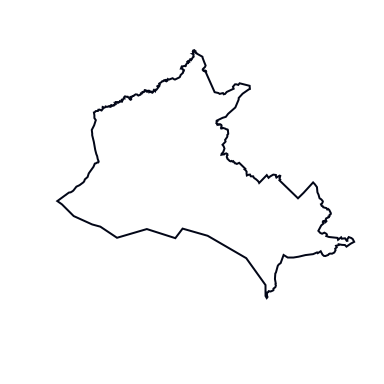 the district of Šēderes pag., Ilukstes, Latvia, rotated 335°
{"feature_id": "27541924B25331011014428", "entity_name": "Šēderes pag.", "entity_type": "district", "adm_level": 2, "iso_a3": "LVA", "parent_name": "Latvia", "parent_adm1": "Ilukstes", "projection": "mercator", "projection_center": [26.237, 55.885], "detail": "fine", "context": "isolated", "style": "outline", "palette": "ink", "viewbox_px": 384, "rotation_deg": 335, "n_neighbors": 0, "source": "geoboundaries", "source_scale": "gbopen_adm2", "svg_char_len": 5906}
<svg xmlns="http://www.w3.org/2000/svg" viewBox="0 0 384 384"><g transform="rotate(335 192 192)"><path d="M66.1,143.3L68.9,148.2L74.6,163.8L87.8,179.2L94.3,184.7L104.7,201.8L135.4,206.5L157.4,226.8L168.0,221.2L187.7,238.3L213.2,274.9L219.3,307.4L214.7,317.3L214.9,319.7L215.9,319.2L216.1,318.7L215.9,318.5L216.5,316.8L217.2,315.4L217.8,314.8L218.7,315.0L219.6,314.3L221.2,315.4L223.7,315.5L224.4,315.3L225.0,314.0L227.3,313.5L228.5,312.2L228.7,310.7L229.2,310.5L230.4,305.9L233.1,301.0L234.0,300.5L238.5,295.2L239.9,294.4L242.3,293.9L248.4,287.8L251.1,291.9L256.4,294.3L261.3,295.7L268.1,297.1L275.5,299.5L279.8,299.6L280.1,300.6L283.6,300.1L283.8,303.9L284.5,305.6L285.8,306.4L288.9,306.6L289.8,306.1L291.0,306.1L292.9,307.1L295.4,307.0L297.5,305.4L297.8,303.9L299.8,303.3L299.8,301.6L302.6,302.1L302.9,301.4L305.6,303.3L308.2,304.7L308.9,306.8L314.0,305.9L317.9,305.7L317.8,302.7L317.0,301.1L315.0,299.1L312.7,300.5L312.2,301.9L311.6,301.7L311.1,298.6L308.1,297.7L308.0,296.1L304.2,297.0L304.5,295.1L297.2,290.7L295.1,288.7L296.2,287.8L296.2,286.8L294.8,284.8L292.3,284.8L291.0,283.4L290.1,280.6L295.0,276.9L298.0,276.1L297.8,274.5L298.7,273.8L299.7,274.2L300.2,275.8L300.7,275.6L301.4,275.3L301.1,274.2L301.6,274.1L301.6,273.3L302.5,272.6L305.3,272.7L305.4,271.9L306.4,272.0L307.1,270.8L308.2,270.8L308.9,269.9L308.8,266.3L308.2,264.9L307.2,265.0L307.0,263.4L304.5,261.3L304.5,260.2L303.7,259.4L303.7,257.6L304.8,257.5L306.5,256.1L306.6,255.2L306.0,253.2L305.0,251.7L305.0,251.2L305.6,247.6L305.5,246.4L305.6,245.1L307.3,240.4L306.6,236.9L305.8,234.5L292.8,239.9L285.4,242.5L276.2,218.4L277.2,218.0L276.9,217.0L278.8,214.7L278.4,214.2L274.6,214.6L274.6,213.5L275.2,212.0L273.0,210.6L269.5,210.9L267.4,211.5L266.9,208.3L256.7,212.2L256.7,211.1L256.3,209.6L255.4,207.5L254.3,205.7L254.0,204.4L254.1,203.7L251.9,202.6L251.9,200.7L250.7,200.3L248.7,200.2L249.3,198.2L250.1,196.6L249.8,194.9L249.2,193.7L250.1,193.4L247.1,185.5L244.5,185.5L244.0,184.8L243.2,184.3L243.2,183.8L242.9,183.5L243.0,183.1L242.6,182.5L242.4,181.5L241.6,181.6L241.1,180.6L240.1,180.6L239.3,179.8L238.1,176.7L238.4,176.1L238.2,175.5L238.5,174.6L239.6,173.3L239.8,173.4L240.1,172.6L239.4,171.5L237.8,171.2L236.8,171.5L236.3,171.1L234.4,170.7L234.9,170.0L237.3,168.9L239.8,166.3L240.0,164.0L239.6,162.1L243.7,160.5L244.0,158.8L247.0,157.1L247.8,156.2L248.0,155.3L249.4,154.6L250.7,151.1L250.7,150.6L250.2,150.3L250.2,150.0L249.4,149.4L248.9,148.6L247.1,147.0L246.1,147.1L245.3,146.8L245.3,146.2L246.2,145.5L246.4,144.7L246.8,144.5L246.9,143.5L246.1,142.5L245.3,142.5L245.4,142.2L244.1,142.0L244.2,141.9L243.9,141.6L244.0,141.2L243.4,141.0L243.6,140.4L243.2,140.0L243.5,139.6L243.8,139.0L244.2,138.5L244.5,138.5L244.3,138.1L244.5,137.8L251.1,137.7L254.4,138.2L257.8,136.4L267.0,133.7L273.3,128.0L274.1,126.5L279.4,124.3L286.9,123.0L288.0,123.1L289.1,120.1L281.1,113.6L279.2,114.5L277.9,113.3L276.5,112.6L273.6,113.9L273.4,116.0L265.8,116.0L263.3,117.1L262.0,116.8L262.0,115.6L261.4,115.3L258.6,114.8L257.7,113.4L254.7,111.1L255.1,89.8L255.6,89.2L255.3,88.7L255.7,88.1L255.2,87.7L255.2,88.0L254.9,88.1L254.9,87.6L254.3,87.7L253.7,87.2L253.6,86.9L254.0,86.7L253.4,85.7L253.8,85.2L256.6,84.2L257.8,83.1L258.0,79.1L258.3,75.2L258.6,73.8L254.5,68.1L254.8,67.9L254.3,66.2L254.6,65.9L254.0,64.4L253.7,64.4L253.4,64.9L253.1,64.3L252.8,64.3L252.6,64.8L252.1,65.0L252.0,65.5L253.3,65.9L251.5,66.7L251.9,67.0L251.6,67.4L251.0,67.2L251.4,67.8L251.5,68.2L251.0,68.7L250.8,69.9L250.3,70.3L249.7,70.2L248.2,71.4L247.2,71.1L247.0,71.3L247.2,71.9L246.9,72.1L246.3,71.3L246.1,71.6L245.3,71.6L244.5,72.0L244.8,72.4L244.6,72.8L244.1,72.3L244.1,71.8L243.8,71.7L243.4,72.3L243.1,72.2L243.2,72.8L242.9,73.5L241.9,73.1L240.0,74.4L239.9,74.8L239.5,75.2L239.2,75.2L238.4,74.5L236.6,74.3L236.0,73.8L235.7,73.9L234.2,75.4L235.3,75.8L235.5,76.2L235.2,76.6L235.3,77.2L236.2,78.2L235.6,78.9L234.5,79.5L234.3,80.1L231.1,81.2L229.7,82.6L228.9,82.8L224.2,82.9L223.6,82.5L222.5,80.7L218.7,80.4L218.3,80.2L217.9,79.5L216.7,80.7L215.6,80.9L215.2,80.5L216.1,80.3L216.2,80.0L216.0,79.4L213.8,78.9L212.7,79.4L211.9,79.0L210.8,79.5L208.1,79.9L208.2,81.1L207.2,81.8L206.6,81.3L205.3,81.5L205.5,82.4L206.1,82.7L203.3,84.2L202.6,84.4L202.1,83.9L201.5,84.7L201.4,84.1L200.7,84.4L200.4,83.5L200.1,83.7L200.1,84.2L199.7,84.6L198.1,85.3L197.8,85.0L198.3,84.5L197.3,84.0L197.2,83.5L196.7,83.3L196.6,83.8L195.8,83.6L196.1,83.3L196.1,82.6L195.7,82.7L195.2,81.7L194.3,81.5L194.2,82.3L193.6,82.2L193.1,80.2L192.2,79.7L192.0,79.9L192.1,80.6L191.4,81.0L189.6,81.0L189.7,80.5L189.3,80.4L188.2,81.5L187.3,81.0L186.7,81.9L186.2,82.0L184.1,81.9L183.9,81.6L183.6,80.6L182.2,79.7L180.5,79.9L179.6,80.3L178.6,79.9L177.9,80.3L176.7,79.9L176.7,80.8L176.0,81.0L176.2,81.9L176.1,82.3L175.4,82.5L174.8,81.6L174.8,80.6L175.0,80.6L174.3,79.5L174.0,78.5L173.5,78.5L171.7,77.0L170.8,77.3L170.3,78.7L169.6,78.2L168.2,79.3L167.3,78.7L166.9,79.1L167.3,79.9L166.9,80.4L166.6,80.1L166.0,80.2L165.0,79.2L164.4,79.8L162.9,79.9L163.1,79.3L161.4,78.5L161.5,79.0L160.6,78.9L160.2,79.8L159.7,79.3L159.7,79.7L159.0,79.9L158.9,80.2L158.3,80.1L158.3,80.4L158.0,80.6L157.1,80.5L156.7,80.2L156.3,80.3L156.1,80.1L156.4,79.9L156.1,79.7L155.5,79.9L155.6,79.2L155.2,79.1L154.8,79.3L155.0,79.6L154.8,80.0L154.4,79.7L153.9,80.2L153.2,79.7L153.4,79.3L153.2,79.1L151.5,79.1L150.9,78.6L151.2,78.3L150.4,78.6L149.9,78.1L149.6,78.5L148.0,78.5L147.8,78.0L147.0,77.2L146.8,77.5L147.0,77.6L147.0,78.6L144.5,79.9L144.3,79.7L144.4,79.4L143.9,79.3L143.1,78.3L141.9,77.9L141.6,78.6L141.0,78.8L138.9,78.0L137.5,78.6L136.7,78.5L136.0,81.1L134.8,83.7L135.2,86.2L131.5,90.2L127.4,93.4L126.1,97.3L125.6,98.1L124.2,105.1L122.1,112.9L121.3,117.2L121.2,119.4L120.5,122.2L120.3,124.9L120.1,125.2L119.5,125.6L118.7,125.2L117.4,125.4L115.9,125.2L113.4,127.5L106.3,131.5L103.7,134.3L100.2,135.3L99.1,136.5L97.8,137.3L92.9,138.3L89.5,138.3L85.2,140.5L84.1,140.8L81.9,141.0L80.2,140.5L66.1,143.3Z" fill="none" stroke="#020617" stroke-width="2"/></g></svg>